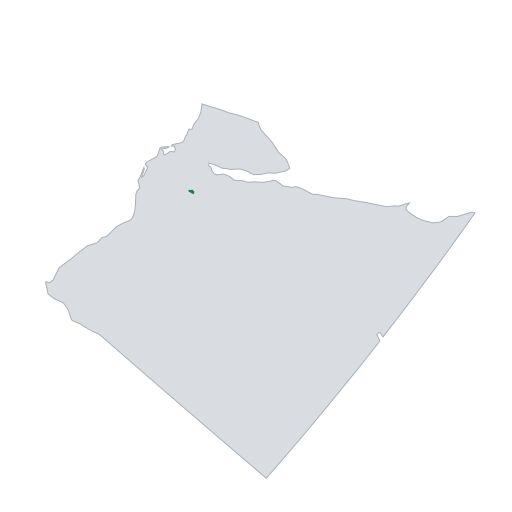 Hilwan, Al Qahirah, Egypt shown in context, rotated 308°
{"feature_id": "37247803B18472339316050", "entity_name": "Hilwan", "entity_type": "district", "adm_level": 2, "iso_a3": "EGY", "parent_name": "Egypt", "parent_adm1": "Al Qahirah", "projection": "orthographic", "projection_center": [31.32, 29.854], "detail": "fine", "context": "in_parent", "style": "filled", "palette": "green", "viewbox_px": 512, "rotation_deg": 308, "n_neighbors": 0, "source": "geoboundaries", "source_scale": "gbopen_adm2", "svg_char_len": 3941}
<svg xmlns="http://www.w3.org/2000/svg" viewBox="0 0 512 512"><g transform="rotate(308 256 256)"><path d="M424.8,402.0L415.5,402.5L406.2,402.9L396.9,403.3L387.6,403.6L378.3,404.0L369.0,404.3L359.6,404.6L350.3,404.8L341.0,405.0L331.7,405.2L322.4,405.4L313.0,405.5L303.7,405.7L294.4,405.8L285.1,405.8L275.7,405.9L270.4,405.9L271.3,403.2L271.9,401.3L271.2,399.9L269.4,399.6L268.2,400.0L265.5,405.7L264.0,405.9L260.7,405.9L249.8,405.9L239.0,405.8L228.1,405.7L217.2,405.5L206.4,405.3L195.5,405.1L184.7,404.9L173.8,404.6L163.0,404.2L152.1,403.9L141.3,403.5L130.5,403.0L119.7,402.6L108.8,402.0L98.0,401.5L87.2,400.9L87.5,394.1L87.8,387.3L88.1,380.5L88.4,373.6L88.7,366.8L89.0,360.0L89.3,353.1L89.6,346.3L89.9,339.5L90.2,332.6L90.5,325.8L90.9,318.9L91.2,312.1L91.5,305.2L91.8,298.4L92.1,291.5L92.5,284.6L92.8,277.8L93.1,270.9L93.5,264.0L93.8,257.2L94.2,250.3L94.5,243.4L94.9,236.6L95.2,229.7L95.6,222.8L95.9,215.9L96.3,209.1L96.6,202.2L97.0,195.3L97.4,188.4L97.7,181.6L97.6,180.3L96.4,175.5L95.4,169.5L94.3,162.1L94.3,159.7L92.3,152.1L92.2,150.0L92.9,148.5L97.2,142.4L98.6,139.4L99.8,135.7L100.3,132.7L99.4,128.1L98.3,123.9L98.0,119.6L98.1,115.5L100.3,112.7L102.8,110.2L103.8,108.6L105.3,106.9L106.4,106.1L108.1,109.9L112.2,110.8L125.6,108.1L140.2,112.1L148.2,113.7L160.6,117.0L168.1,122.3L170.1,123.0L175.6,123.1L179.2,126.2L193.5,128.0L201.1,131.5L205.4,134.2L208.0,135.1L210.3,135.0L213.4,134.1L217.4,132.3L221.7,129.8L230.7,123.3L233.8,122.2L235.9,122.5L238.4,122.4L239.4,120.6L240.8,119.4L241.6,118.0L243.0,116.4L247.6,115.9L256.8,113.1L255.8,114.4L247.3,117.6L250.9,118.1L254.6,117.0L258.8,116.3L259.6,114.9L260.1,112.3L261.0,112.0L263.9,112.5L272.5,116.4L274.6,116.5L280.7,114.3L282.0,113.9L284.0,115.0L288.5,120.0L287.0,119.9L282.1,115.7L281.7,117.8L279.0,121.5L282.4,123.1L285.2,123.7L286.7,125.7L287.7,127.6L290.4,126.7L292.4,124.2L291.3,122.8L290.6,121.4L291.5,121.3L293.5,122.5L299.0,127.2L300.9,128.2L303.0,128.0L307.4,126.6L308.7,126.8L314.6,125.0L315.4,126.2L316.4,127.5L321.2,126.0L328.7,125.9L334.9,124.2L342.0,120.2L342.5,119.7L342.9,120.6L343.8,123.1L346.2,129.6L348.3,134.7L350.8,141.7L351.6,144.4L352.0,146.3L355.6,154.0L357.8,160.4L359.5,165.5L361.8,173.1L362.8,175.7L361.3,177.1L358.5,182.2L355.7,198.0L351.5,210.4L351.2,218.1L350.5,220.9L348.4,224.8L345.8,228.7L341.0,226.9L333.2,220.3L328.6,214.0L323.7,210.0L319.1,204.6L317.8,200.7L317.8,198.2L315.7,192.1L314.2,189.2L308.6,182.8L307.0,179.3L305.8,177.8L304.5,175.6L302.5,167.1L300.2,161.8L297.8,163.3L298.3,165.5L296.1,168.7L294.9,172.4L295.9,175.3L300.4,179.8L301.3,181.8L302.4,186.0L302.3,191.9L303.1,193.8L306.5,198.1L307.8,200.7L308.5,202.9L309.7,204.9L313.1,208.6L318.0,215.7L322.7,220.4L326.0,222.7L327.5,225.0L327.9,231.0L327.7,233.9L330.8,239.3L331.9,242.0L334.8,244.2L336.1,246.7L337.4,250.8L339.5,263.0L342.0,266.0L350.0,281.9L356.8,291.9L360.1,299.4L365.2,308.5L375.2,328.5L381.0,334.6L383.4,338.0L387.6,340.6L392.2,344.3L387.9,344.1L386.8,344.4L385.4,345.1L384.7,347.5L384.5,349.5L385.3,359.7L386.6,364.9L390.7,374.6L393.6,377.5L395.0,379.3L396.9,380.7L406.0,383.7L411.4,390.6L423.5,399.0L424.7,401.5L424.8,402.0Z" fill="#d9dde1" stroke="#a8b0b8" stroke-width="1"/><path d="M266.6,163.7L266.5,163.8L266.5,163.7L266.4,163.7L266.2,163.6L266.2,163.8L266.3,163.9L266.3,164.0L266.3,164.3L266.2,164.5L266.3,164.8L266.4,165.0L266.4,165.3L266.5,165.4L266.5,165.5L266.5,165.8L266.6,166.1L266.6,166.3L266.6,166.5L266.5,166.8L266.5,167.0L266.8,167.2L266.8,167.3L266.9,167.2L267.0,167.2L267.0,167.3L267.0,167.5L267.3,167.5L267.5,167.7L267.8,167.5L268.0,167.4L268.0,167.2L268.0,166.9L268.0,166.7L268.1,166.4L268.1,166.2L268.2,165.9L268.2,165.7L268.3,165.7L268.3,165.4L268.2,165.3L268.2,165.2L267.9,165.1L267.7,165.0L267.7,164.9L267.4,164.8L267.4,164.7L267.2,164.5L267.1,164.4L266.9,164.2L266.8,163.9L266.7,163.9L266.6,163.7L266.6,163.7ZM266.2,164.1L266.2,163.9L266.2,163.7L266.1,163.8L266.1,164.0L266.2,164.1Z" fill="#22c55e" stroke="#15803d" stroke-width="1.5"/></g></svg>